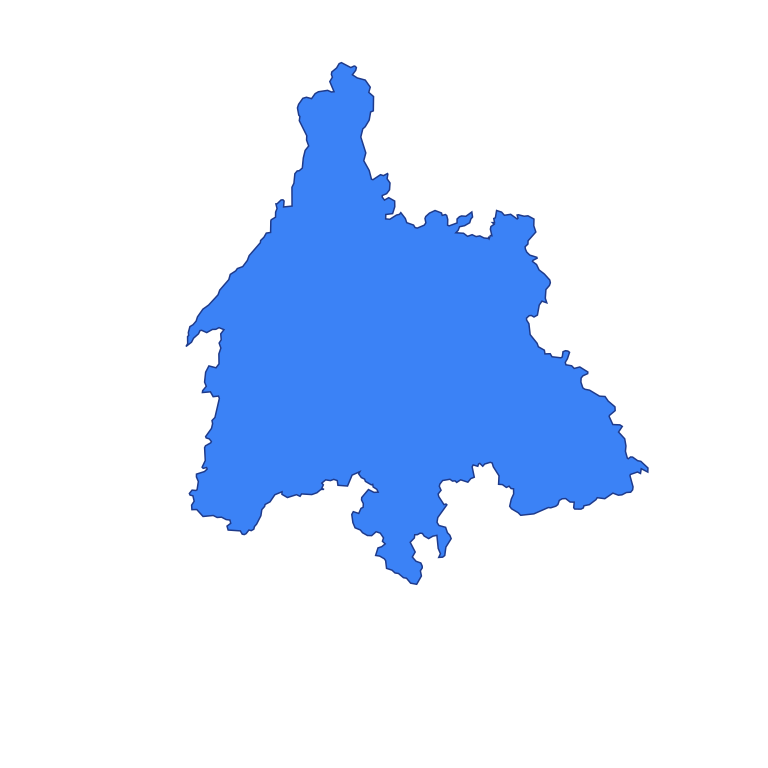 an SVG outline of Sichuan, rotated 43°
{"feature_id": "CHN-1809", "entity_name": "Sichuan", "entity_type": "Province", "adm_level": 1, "iso_a3": "CHN", "parent_name": "China", "parent_adm1": "", "projection": "orthographic", "projection_center": [103.034, 30.167], "detail": "fine", "context": "isolated", "style": "filled", "palette": "blue", "viewbox_px": 768, "rotation_deg": 43, "n_neighbors": 0, "source": "natural_earth", "source_scale": "10m", "svg_char_len": 6158}
<svg xmlns="http://www.w3.org/2000/svg" viewBox="0 0 768 768"><g transform="rotate(43 384 384)"><path d="M637.0,268.5L629.9,270.5L632.6,274.5L629.4,275.5L625.9,282.1L626.4,283.3L636.3,289.4L638.0,291.8L638.2,294.9L635.3,298.0L633.6,302.8L631.2,305.5L625.8,307.7L623.7,317.3L617.5,321.7L617.9,324.1L616.5,332.1L613.3,336.7L614.3,338.7L613.4,341.2L608.7,345.4L607.1,345.1L603.7,340.7L600.6,343.4L595.0,343.9L592.6,346.4L591.6,349.6L593.4,353.6L593.0,356.2L590.4,360.8L588.4,362.3L582.2,376.7L573.5,386.8L570.0,386.6L562.3,388.3L559.3,387.7L555.6,381.4L553.8,376.0L550.2,372.3L548.3,373.8L545.2,373.4L544.0,376.2L539.2,376.8L536.2,379.2L530.7,372.7L520.4,370.0L517.0,368.0L515.1,368.8L512.2,373.9L512.3,376.8L508.2,376.7L507.7,378.0L508.7,380.2L504.4,382.4L505.0,384.5L513.6,390.6L512.0,394.0L512.3,398.6L505.4,401.8L504.3,406.4L502.0,406.4L500.3,408.3L497.2,408.7L492.7,414.6L493.1,419.1L494.2,421.1L498.2,422.8L498.6,427.5L500.8,429.0L510.1,431.3L511.2,429.5L512.4,429.5L514.4,445.0L517.1,449.0L520.7,450.0L526.8,446.8L531.8,449.5L535.3,449.7L538.6,451.3L540.5,461.1L545.4,468.0L545.0,470.6L542.3,473.5L541.0,469.6L535.8,467.3L525.9,458.6L523.5,462.0L522.1,466.6L517.1,467.8L514.0,467.1L512.1,468.5L511.2,471.4L509.3,473.3L511.2,475.9L511.1,481.9L521.4,485.6L522.7,491.2L528.3,491.8L533.0,489.8L536.1,491.1L537.4,492.4L538.0,495.8L542.3,498.9L544.5,508.2L539.3,511.5L532.9,510.7L530.3,512.4L523.8,512.7L520.9,514.7L516.8,514.7L511.6,517.1L505.7,512.1L503.5,511.6L498.2,512.8L494.8,515.1L491.4,508.0L493.3,504.5L493.9,500.1L490.1,500.1L488.6,496.9L483.0,495.6L479.0,497.4L478.4,503.3L475.2,506.1L469.7,507.4L466.3,506.9L460.9,508.9L455.8,506.6L449.4,501.4L448.6,498.3L453.8,495.9L452.0,490.7L452.8,488.4L450.5,485.6L446.6,484.1L445.1,482.2L444.6,471.8L450.6,470.1L453.5,467.1L450.6,465.9L446.3,466.7L444.2,465.1L443.5,466.4L436.8,467.9L434.7,466.8L431.2,467.9L426.7,467.0L426.1,464.6L422.8,472.4L426.9,483.5L419.4,489.5L415.7,486.5L412.3,488.0L410.7,491.2L406.7,493.9L406.1,498.9L408.4,499.1L409.6,502.7L412.0,502.0L409.8,504.1L409.1,509.3L406.6,514.1L398.7,520.6L399.2,523.4L395.5,524.6L390.8,532.9L384.6,534.3L382.9,532.4L379.7,539.4L381.0,547.9L379.2,553.2L380.2,555.0L380.3,559.2L383.8,564.3L386.4,573.4L386.5,576.6L387.8,579.0L386.9,581.8L384.8,582.9L385.2,587.5L384.5,589.4L382.7,590.5L379.1,589.4L369.6,597.1L366.1,595.0L366.9,590.4L364.1,588.6L361.0,590.8L356.0,592.2L353.0,595.4L348.8,596.6L342.0,604.3L332.7,603.5L329.2,606.9L325.9,603.8L325.1,599.2L320.5,596.1L317.9,597.5L316.3,596.8L316.0,592.5L319.0,590.2L319.4,588.8L314.7,581.9L310.2,579.9L308.3,577.8L312.4,570.5L312.7,566.8L311.2,566.1L309.3,569.0L307.7,568.9L305.5,561.9L296.2,552.9L295.6,550.9L297.4,545.2L297.0,543.8L293.7,543.3L290.7,544.7L289.4,544.1L288.1,534.1L285.7,529.9L283.1,528.0L283.2,523.8L273.4,506.8L271.2,505.7L267.7,509.8L262.4,508.1L257.0,514.1L255.9,512.5L255.6,506.9L251.5,505.0L245.5,497.0L243.6,490.2L250.1,486.7L249.6,481.8L242.7,474.6L240.2,469.0L235.5,466.5L234.8,462.7L230.4,458.7L229.9,453.4L224.9,455.3L223.7,458.7L221.3,461.1L219.3,467.3L214.0,469.1L213.0,470.4L214.1,473.8L213.5,480.4L214.7,484.7L213.6,491.6L212.9,488.4L208.0,483.3L208.0,481.7L205.8,479.8L202.9,474.4L203.9,470.9L203.7,466.1L201.8,462.1L200.5,452.8L201.9,445.9L201.8,431.9L199.8,427.3L199.3,413.5L196.8,408.7L198.4,402.4L198.0,399.6L200.6,394.5L199.8,386.9L197.8,382.0L197.2,365.0L195.9,363.2L196.1,358.5L195.0,353.9L197.7,350.5L190.0,341.9L189.5,340.8L190.9,336.0L187.5,332.2L186.1,328.6L182.1,326.0L182.9,325.1L183.2,319.6L184.5,318.2L186.1,318.3L189.8,323.0L195.4,316.6L182.5,302.9L181.2,298.6L175.4,291.0L175.2,287.4L176.5,285.9L177.0,281.8L170.8,273.7L167.0,266.9L166.6,261.3L161.0,258.4L158.2,255.1L142.5,249.2L140.0,245.7L138.3,245.5L132.4,241.1L130.8,237.7L129.8,230.4L131.7,227.2L136.4,224.7L135.6,218.6L136.7,215.0L142.5,207.7L146.4,206.3L148.1,204.3L138.1,199.8L137.0,194.8L134.4,193.5L133.0,191.4L133.8,185.2L132.7,180.3L133.7,178.0L143.9,175.2L145.3,171.8L146.3,171.3L148.0,171.4L149.4,173.9L150.0,179.4L155.7,178.4L163.0,174.5L171.5,176.3L174.0,181.1L180.3,180.9L189.9,191.5L188.7,194.2L193.2,201.1L194.8,208.7L194.5,211.9L198.6,219.2L213.1,227.4L216.9,234.5L227.5,237.9L235.2,242.8L236.6,242.1L238.7,233.3L241.5,232.0L243.0,227.7L243.7,227.9L246.3,231.8L251.3,232.9L255.6,238.2L256.1,243.0L254.2,247.3L255.2,248.5L258.9,249.2L260.4,244.5L267.0,242.9L271.0,247.0L274.1,253.5L269.7,258.8L272.6,262.1L275.9,259.6L277.9,251.9L279.6,249.4L279.4,247.2L286.7,248.4L290.6,250.5L297.2,247.6L300.0,248.4L302.0,247.3L305.1,240.4L304.7,237.6L301.1,235.0L300.3,233.0L300.7,228.0L303.0,222.3L309.4,219.7L311.6,221.0L313.3,218.2L314.9,218.0L318.4,220.2L322.2,224.5L323.8,223.9L327.6,216.4L324.9,213.5L325.1,210.2L326.1,208.2L329.5,205.5L330.9,198.3L334.9,201.5L335.0,204.1L336.7,207.6L335.0,213.2L332.0,217.5L333.4,221.0L333.4,224.4L339.4,219.5L344.4,219.0L346.6,214.7L350.8,213.4L353.1,210.3L357.5,209.0L360.9,206.5L360.6,205.7L361.8,206.1L360.5,202.9L361.8,202.0L356.2,198.2L354.8,195.9L355.6,192.0L353.3,192.0L354.8,190.6L351.4,188.1L352.1,186.5L348.0,180.3L352.8,178.1L357.0,178.5L360.9,173.5L368.8,172.5L368.9,171.3L366.1,169.7L366.8,168.6L372.1,165.7L374.6,162.8L381.2,161.1L385.6,166.1L391.4,169.3L391.7,181.0L393.8,183.5L393.6,187.4L395.4,188.9L398.5,190.2L402.7,190.3L409.4,187.1L410.2,187.6L408.6,192.0L409.0,193.1L414.1,192.6L419.6,194.8L426.3,194.2L434.3,194.9L436.6,196.5L437.8,199.1L438.0,204.5L443.5,211.3L447.7,213.6L443.0,215.7L443.7,220.4L449.2,229.0L448.0,232.7L445.0,233.4L443.6,235.0L443.3,238.6L444.7,240.0L448.9,241.1L457.2,248.2L468.2,249.8L471.5,251.5L478.2,249.9L481.2,252.2L484.9,248.5L488.3,249.5L495.5,244.2L495.9,242.6L492.9,238.3L494.0,235.9L496.0,234.5L498.1,234.3L500.9,240.4L501.8,244.5L503.9,245.9L508.8,242.7L512.5,242.9L515.6,238.0L524.9,236.2L525.9,237.5L523.9,242.3L524.1,245.2L526.7,248.3L532.0,251.2L534.4,250.9L538.6,248.3L549.9,245.9L554.2,242.4L559.6,243.6L568.5,243.2L571.2,245.8L570.3,253.2L570.8,254.2L579.0,257.6L584.4,253.0L587.2,252.5L588.3,259.2L597.4,259.9L603.2,264.3L606.5,268.6L612.6,272.3L613.6,272.1L614.1,269.2L615.7,267.9L621.8,267.1L624.6,265.4L634.3,265.4L637.0,268.5Z" fill="#3b82f6" stroke="#1e3a8a" stroke-width="1.5"/></g></svg>